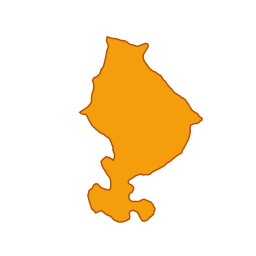 Lachin District, Laçın, Azerbaijan (orthographic projection), rotated 62°
{"feature_id": "54616110B46945931752574", "entity_name": "Lachin District", "entity_type": "district", "adm_level": 2, "iso_a3": "AZE", "parent_name": "Azerbaijan", "parent_adm1": "Laçın", "projection": "orthographic", "projection_center": [46.409, 39.71], "detail": "fine", "context": "isolated", "style": "filled", "palette": "amber", "viewbox_px": 256, "rotation_deg": 62, "n_neighbors": 0, "source": "geoboundaries", "source_scale": "gbopen_adm2", "svg_char_len": 3023}
<svg xmlns="http://www.w3.org/2000/svg" viewBox="0 0 256 256"><g transform="rotate(62 128 128)"><path d="M37.7,103.5L40.7,106.0L46.6,106.8L50.1,110.6L54.1,113.6L57.8,116.8L62.1,120.7L63.6,124.0L67.1,127.7L67.9,131.0L67.8,135.0L69.9,137.3L72.0,137.4L75.0,138.4L78.3,140.8L80.9,143.6L84.8,146.4L88.1,148.2L89.5,151.3L90.3,152.8L90.5,153.9L90.9,157.1L91.1,159.8L91.5,163.2L93.5,162.5L95.3,160.5L96.4,158.7L98.9,158.6L102.4,158.8L105.2,158.7L109.1,158.5L112.2,157.5L115.5,156.2L118.3,155.1L120.4,153.9L122.3,152.3L125.8,150.9L127.9,149.5L131.6,149.5L134.9,149.9L137.6,150.1L140.3,151.6L145.2,152.3L147.2,153.6L149.8,156.3L147.9,156.9L144.9,158.8L143.0,161.1L143.9,164.8L144.9,167.5L148.1,168.4L151.5,168.7L155.8,168.3L159.7,168.1L163.5,167.4L166.8,168.2L170.3,170.1L172.7,171.3L173.9,173.4L172.2,175.9L170.7,177.5L168.3,179.5L166.2,180.4L163.6,180.8L162.0,182.6L162.3,184.9L164.5,188.1L164.8,191.5L165.3,192.0L168.8,195.1L175.4,196.8L178.8,197.3L182.2,198.0L185.0,197.0L187.9,196.3L188.2,190.4L194.2,187.8L197.7,184.9L202.5,183.5L206.4,180.6L206.5,180.4L208.3,177.1L208.8,174.4L209.0,171.3L209.0,169.5L207.2,168.1L205.4,167.5L204.2,166.9L202.7,166.0L202.6,163.9L202.7,162.5L204.5,160.9L206.1,159.5L209.0,159.0L211.7,159.3L214.1,159.2L216.8,158.9L217.8,157.7L218.3,155.7L218.3,155.0L218.3,154.5L217.5,151.5L217.0,149.5L216.5,147.0L216.0,145.7L214.3,144.6L212.9,142.9L211.7,142.0L208.9,142.0L206.0,142.2L204.0,142.6L202.0,144.4L200.7,145.4L198.5,147.2L198.1,148.3L198.0,150.1L198.0,152.0L197.8,153.2L196.8,155.1L196.2,156.1L195.5,157.8L194.3,159.2L192.7,160.1L191.3,160.2L188.8,159.5L187.0,157.7L186.6,155.9L186.5,154.1L184.9,152.3L183.1,150.9L180.2,151.5L178.7,152.8L177.0,153.4L175.4,152.9L174.5,152.0L174.1,146.3L173.8,144.0L174.2,140.4L174.6,138.3L176.7,136.5L177.6,134.0L178.8,132.0L179.1,129.9L178.4,128.1L178.3,125.7L178.3,122.8L178.5,119.5L178.4,116.8L178.4,114.5L178.1,112.8L177.4,110.6L177.2,108.9L177.2,108.3L177.1,105.9L176.3,102.6L175.9,100.9L175.8,100.6L175.4,97.7L175.2,94.6L175.2,92.2L173.2,90.6L172.3,88.5L171.0,86.8L170.1,85.4L169.1,83.8L167.7,82.0L167.0,80.8L165.6,79.1L164.1,77.7L161.9,75.7L160.6,74.9L159.3,74.1L157.5,73.5L156.1,72.5L154.9,71.5L155.0,68.9L155.5,66.9L156.2,65.4L156.6,63.4L156.3,62.9L155.9,61.7L155.7,59.3L154.1,58.0L153.4,58.7L152.3,59.2L150.6,59.8L147.7,60.0L146.6,61.0L144.1,62.3L142.1,63.2L138.8,63.4L134.9,63.6L132.0,63.9L129.2,64.4L127.4,65.3L126.3,66.5L124.4,67.0L122.8,68.1L120.7,69.1L119.6,70.0L117.8,70.5L116.1,71.0L114.5,71.1L112.8,71.7L111.0,72.2L109.8,72.4L107.8,72.9L105.2,73.1L103.5,73.4L101.9,74.2L100.1,74.2L98.1,74.3L96.0,75.0L95.1,76.0L93.5,76.6L91.9,77.4L90.6,78.2L88.7,79.9L86.7,80.5L85.0,81.1L83.2,81.4L80.8,81.5L78.7,82.0L76.8,82.3L74.0,81.9L71.7,81.0L70.4,80.0L69.4,78.2L68.3,76.6L67.3,75.0L66.6,73.3L65.1,71.7L63.1,71.2L62.1,71.9L61.3,73.7L61.2,75.4L60.9,78.0L60.6,80.8L59.5,82.4L57.5,84.1L55.3,86.8L53.5,87.8L51.5,88.7L49.6,89.9L47.3,93.1L45.3,94.9L43.1,97.3L41.5,99.8L39.7,101.6L38.1,103.3L37.7,103.5Z" fill="#f59e0b" stroke="#b45309" stroke-width="1.5"/></g></svg>